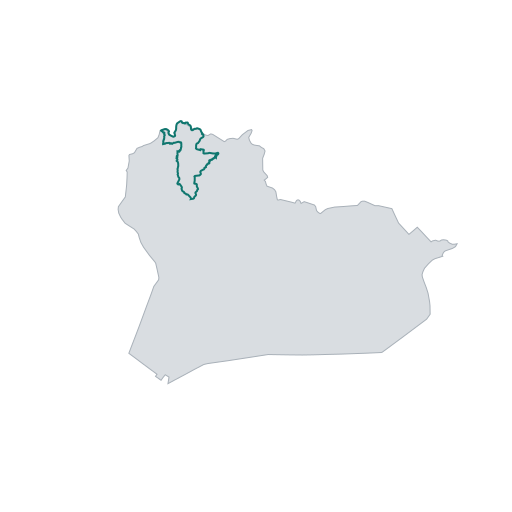 Arbil on a map of Iraq (orthographic projection), rotated 319°
{"feature_id": "IRQ-3050", "entity_name": "Arbil", "entity_type": "Province", "adm_level": 1, "iso_a3": "IRQ", "parent_name": "Iraq", "parent_adm1": "", "projection": "orthographic", "projection_center": [44.221, 36.37], "detail": "fine", "context": "in_parent", "style": "outline", "palette": "teal", "viewbox_px": 512, "rotation_deg": 319, "n_neighbors": 0, "source": "natural_earth", "source_scale": "10m", "svg_char_len": 8453}
<svg xmlns="http://www.w3.org/2000/svg" viewBox="0 0 512 512"><g transform="rotate(319 256 256)"><path d="M214.1,106.3L217.1,105.6L222.7,101.1L226.0,96.8L227.1,96.4L230.0,97.9L232.0,98.3L236.8,96.7L239.6,97.6L242.0,98.7L243.4,98.8L249.8,101.6L251.3,101.9L254.7,102.3L259.6,102.4L262.8,100.7L265.0,99.0L266.6,99.0L268.1,99.4L269.4,100.2L270.5,101.5L271.0,103.3L270.8,109.1L271.3,110.6L272.2,111.7L273.3,111.9L274.6,110.7L277.0,108.8L279.9,106.8L282.0,105.0L283.2,104.3L285.2,104.4L287.1,104.7L288.1,105.5L288.1,105.8L289.2,108.6L291.8,118.8L293.2,120.0L294.9,121.1L296.1,122.6L296.5,124.1L296.4,126.5L296.5,129.3L297.2,131.4L298.2,132.9L299.1,133.7L300.4,133.8L302.0,134.2L303.1,135.8L306.6,147.3L307.0,148.8L308.4,149.3L310.8,149.1L313.2,150.2L315.9,152.1L318.4,155.6L320.0,156.1L325.2,155.5L332.3,156.0L335.6,157.7L335.3,158.8L332.8,160.2L328.3,161.7L327.0,164.3L326.3,167.5L326.5,169.3L327.6,171.3L330.9,175.2L331.1,176.7L331.7,178.7L332.3,180.0L331.7,182.7L328.9,184.6L325.1,186.6L317.5,195.6L317.0,197.6L317.1,202.8L316.4,204.3L313.9,204.3L312.0,204.1L312.0,205.9L310.8,208.4L310.1,210.5L313.0,215.5L313.5,218.2L313.1,220.6L310.5,224.8L309.0,227.6L309.4,228.3L311.5,229.4L318.0,238.5L320.1,241.7L322.8,240.8L323.8,240.8L324.7,241.3L325.2,242.4L325.2,243.8L324.5,245.9L328.0,246.6L329.3,248.7L333.5,255.8L333.4,257.9L331.5,261.4L331.5,263.6L332.0,265.6L332.6,266.3L338.6,266.5L341.2,267.2L347.5,270.7L354.7,276.2L360.7,280.6L365.7,284.4L371.0,283.9L372.5,284.6L373.9,285.8L375.5,288.9L378.8,296.1L381.5,298.4L385.7,304.1L389.6,309.4L387.4,316.9L385.2,324.7L385.5,334.7L385.6,340.0L390.8,340.1L396.6,340.1L396.9,346.5L397.1,352.9L397.4,360.2L399.1,360.4L401.9,361.9L403.1,364.2L404.6,365.4L406.4,365.6L408.1,366.7L409.9,368.7L410.6,370.3L410.2,371.4L410.6,373.3L411.9,376.0L413.5,377.3L415.8,378.7L412.7,379.8L409.4,379.2L402.2,376.3L399.9,376.3L396.9,377.6L396.8,378.7L389.2,375.4L386.5,374.8L385.5,374.8L381.2,375.0L375.1,375.8L371.6,377.4L369.1,379.0L368.0,380.6L367.6,381.4L365.8,385.9L363.7,391.7L361.4,397.0L357.0,404.4L354.6,407.8L349.2,414.2L343.4,415.6L329.6,414.6L314.4,413.5L299.3,412.3L288.1,411.4L287.2,411.0L276.1,402.2L267.3,395.1L256.4,386.3L245.4,377.2L234.2,368.0L226.1,361.2L216.3,352.5L207.5,344.6L200.5,338.3L191.6,332.7L184.6,328.3L174.5,321.9L166.4,316.8L159.5,312.3L149.0,305.5L145.4,303.6L134.4,301.0L123.9,298.7L113.1,296.2L105.8,294.6L110.9,290.3L109.6,286.1L106.1,286.7L102.8,287.5L101.2,280.9L103.7,280.3L101.8,271.8L99.9,263.1L98.1,254.6L96.2,246.0L105.6,241.0L112.6,237.3L122.3,232.1L131.6,227.0L140.5,222.1L150.3,216.8L159.0,211.9L166.9,210.1L168.6,208.5L172.4,201.6L175.6,195.6L175.8,194.2L176.0,185.7L176.9,175.6L178.0,170.3L179.9,165.6L181.6,162.2L181.8,158.9L181.7,155.6L180.2,150.6L178.7,145.4L179.0,140.4L179.4,137.7L180.6,133.5L182.5,130.4L184.5,128.5L191.8,126.7L196.1,125.7L202.0,120.3L205.4,117.1L210.3,112.0L213.8,108.2L214.1,106.9L214.1,106.3Z" fill="#d9dde1" stroke="#a8b0b8" stroke-width="1"/><path d="M266.7,99.0L267.3,99.1L270.3,100.3L271.0,100.8L271.5,101.3L271.8,102.0L272.1,102.8L272.2,103.7L272.3,104.2L272.2,104.5L272.0,105.0L271.7,105.1L271.3,105.2L270.9,105.4L270.4,106.1L270.2,106.9L270.1,107.7L270.4,108.5L271.6,111.3L271.8,111.7L272.1,111.9L273.4,112.3L273.7,112.2L274.0,112.0L274.3,111.3L274.8,110.5L274.9,109.9L275.2,109.4L277.8,108.6L278.6,108.1L279.3,107.5L280.1,106.6L281.2,105.5L282.4,104.6L283.4,104.2L283.9,104.2L287.2,104.6L287.8,104.9L288.2,105.6L287.7,106.7L287.8,107.1L288.0,107.7L288.2,108.0L288.6,108.2L288.9,108.3L289.0,108.6L289.1,109.2L289.3,109.4L289.6,109.4L290.2,109.2L290.5,109.2L290.7,109.3L291.0,109.7L291.7,110.1L291.9,110.4L291.9,110.8L291.5,111.2L291.4,112.3L291.5,113.0L291.8,113.6L292.0,114.5L291.8,115.4L291.4,116.1L290.3,117.4L290.0,118.4L290.2,119.1L290.9,119.5L291.7,119.6L292.6,119.6L293.1,119.7L293.5,120.0L293.7,120.3L294.1,120.6L294.4,120.7L294.8,120.7L295.4,121.0L295.8,121.6L296.6,123.0L296.9,123.8L296.9,124.5L296.3,125.9L296.0,127.2L295.9,128.0L295.3,128.4L295.3,129.0L295.7,129.5L295.8,129.6L295.7,130.0L295.5,130.4L295.1,131.0L294.8,131.3L294.3,131.5L293.3,131.4L291.9,131.1L291.3,131.1L290.6,131.2L289.0,132.1L287.7,132.4L286.3,132.7L285.4,132.4L284.9,132.3L284.2,132.6L283.3,133.3L282.7,134.0L282.3,134.5L281.3,135.4L281.3,136.2L281.5,136.7L283.3,139.4L283.6,139.1L283.8,138.9L284.1,138.9L284.4,139.2L286.0,141.1L286.2,141.4L286.2,141.7L286.0,142.0L285.2,142.3L285.0,142.5L284.7,143.1L284.4,143.3L283.8,143.9L283.9,144.4L284.1,144.7L287.2,147.0L287.9,147.3L288.3,147.5L288.6,147.7L290.9,150.5L291.9,151.4L292.6,152.0L294.8,153.0L295.0,153.2L295.0,153.4L295.0,153.6L294.8,154.0L294.6,154.1L294.4,154.2L294.1,154.3L293.4,154.3L293.1,154.2L292.5,153.7L292.3,153.6L292.0,153.7L291.6,153.6L291.3,153.6L291.2,153.7L291.2,153.8L291.6,154.5L291.4,154.8L290.9,154.9L290.6,155.2L290.5,155.3L290.5,155.2L290.4,155.0L290.4,154.4L290.1,154.2L289.8,154.5L289.7,154.6L289.7,155.0L289.4,155.0L289.2,154.8L288.9,154.5L288.6,154.4L288.0,154.7L287.8,154.7L287.6,154.6L287.5,154.3L287.3,154.3L287.1,154.2L286.3,154.5L286.0,154.5L285.9,154.3L285.9,154.0L285.7,153.9L285.2,154.1L284.9,153.8L284.7,153.8L284.1,154.0L283.9,153.7L283.9,153.3L283.8,153.2L283.7,153.2L283.2,153.4L282.9,154.1L282.6,154.3L282.2,154.8L281.7,154.6L281.5,154.8L281.6,155.2L281.5,155.4L281.4,155.4L280.9,154.9L280.7,154.8L280.2,155.0L279.9,154.9L279.2,154.7L278.6,155.1L278.3,155.1L277.9,155.0L277.7,155.0L277.2,155.4L276.6,155.6L276.4,156.1L276.0,156.0L275.5,155.9L275.0,155.7L274.8,155.7L274.7,155.9L274.5,156.1L274.1,156.3L273.5,156.4L273.3,156.4L272.7,156.1L270.3,155.6L269.8,155.7L269.1,156.0L268.6,157.2L268.3,157.8L268.1,158.0L267.4,158.1L266.2,158.1L262.9,155.8L262.2,155.5L261.7,155.6L261.4,156.4L259.2,158.9L257.2,160.5L257.0,160.8L257.1,161.1L257.3,161.3L257.9,162.0L258.1,162.4L258.3,162.7L258.2,163.2L258.0,163.5L257.6,163.9L257.1,164.5L256.9,164.9L256.7,165.9L256.4,167.0L256.1,167.5L255.7,167.6L255.0,167.6L254.0,168.3L253.0,168.3L252.3,168.3L251.8,168.5L251.5,168.9L251.2,170.0L250.9,170.5L250.4,170.8L249.8,170.9L248.4,170.9L247.9,171.1L247.3,171.6L247.0,171.7L246.7,171.7L246.0,171.5L245.7,171.3L244.3,170.4L244.6,170.3L244.7,170.2L244.8,169.5L245.0,168.8L245.0,168.4L244.9,165.4L244.8,164.8L244.5,164.4L244.3,164.2L244.2,164.1L243.9,164.0L243.8,163.9L243.8,163.7L243.9,163.2L243.8,162.7L243.6,162.3L243.3,161.8L243.2,161.6L243.4,161.2L243.6,160.2L243.1,159.0L243.1,158.4L243.2,158.0L243.9,156.4L244.1,156.2L244.7,156.0L244.9,155.8L245.3,155.0L245.6,152.3L245.6,151.6L245.5,151.4L244.6,151.3L244.2,150.9L244.1,150.0L244.3,149.6L248.4,147.9L248.7,147.6L249.2,146.9L249.3,146.7L249.3,145.5L249.3,145.2L250.0,144.0L250.2,143.4L250.3,143.1L250.7,142.9L251.3,142.5L251.7,141.7L251.8,141.3L252.0,141.0L253.0,140.1L253.3,139.8L253.6,139.1L253.9,138.8L254.1,138.6L254.8,138.3L255.3,137.8L255.5,137.6L256.1,137.3L256.6,136.8L257.9,135.2L258.4,134.3L258.7,133.6L258.6,132.7L258.5,132.3L258.5,132.2L259.3,132.1L259.5,132.0L260.0,131.7L260.2,131.3L260.2,131.0L260.0,130.5L260.0,130.2L260.2,129.9L261.1,130.0L261.4,129.9L261.6,129.7L261.6,129.0L261.6,128.7L261.8,128.6L262.0,128.8L262.2,129.0L262.4,128.9L262.9,128.6L263.1,128.3L263.4,128.0L263.6,127.7L263.7,127.4L264.5,126.5L264.8,126.3L264.9,126.2L265.1,126.3L265.3,126.3L265.3,126.2L265.2,126.0L265.2,125.8L265.2,125.7L265.3,125.6L265.4,125.9L265.7,126.1L265.8,126.1L266.3,126.0L266.5,126.1L266.4,126.6L266.5,126.9L266.8,126.9L266.9,126.4L267.0,126.3L267.3,126.3L267.8,126.1L268.1,126.1L268.3,126.3L268.3,126.5L268.7,126.5L269.1,126.1L269.7,125.8L270.5,125.0L270.8,124.9L271.3,124.7L271.8,123.9L272.6,123.1L273.7,121.7L273.9,121.3L273.9,121.0L273.8,120.8L273.7,120.8L273.4,120.9L273.1,120.2L272.8,119.8L272.7,119.3L272.7,119.2L272.3,118.9L271.7,118.5L268.8,117.2L268.6,117.0L268.5,116.9L268.4,116.7L268.1,116.5L266.9,116.4L266.4,116.4L266.0,115.9L266.1,115.6L266.0,115.4L265.9,115.1L265.7,115.0L265.6,114.9L265.0,115.0L264.9,114.9L265.2,114.7L265.0,114.2L264.9,114.0L264.8,113.7L263.2,112.6L262.3,111.8L262.1,111.8L261.3,111.7L259.3,110.6L259.9,109.9L260.3,109.7L260.6,109.7L260.9,109.3L261.1,108.7L261.3,108.5L261.8,108.2L263.0,107.7L263.0,107.4L264.2,106.8L264.4,106.6L264.9,105.7L265.1,105.6L265.8,105.2L266.2,105.1L266.3,105.0L266.4,104.9L266.2,104.6L266.3,104.4L266.4,104.2L266.7,103.7L267.0,103.5L267.3,103.2L267.6,103.1L267.7,102.8L267.6,102.4L267.2,102.3L267.0,102.1L267.0,101.6L267.0,101.3L267.0,101.1L267.3,100.5L267.3,100.4L267.0,100.1L266.9,99.8L266.7,99.7L266.7,99.0Z" fill="none" stroke="#0f766e" stroke-width="2"/></g></svg>